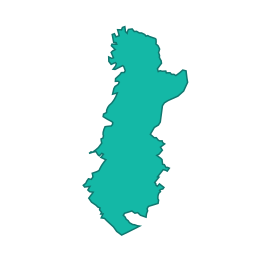 Ronda Alta, Rio Grande do Sul, Brazil (Equal Earth projection), rotated 222°
{"feature_id": "56859067B71630177815930", "entity_name": "Ronda Alta", "entity_type": "district", "adm_level": 2, "iso_a3": "BRA", "parent_name": "Brazil", "parent_adm1": "Rio Grande do Sul", "projection": "equal_earth", "projection_center": [-52.739, -27.81], "detail": "fine", "context": "isolated", "style": "filled", "palette": "teal", "viewbox_px": 256, "rotation_deg": 222, "n_neighbors": 0, "source": "geoboundaries", "source_scale": "gbopen_adm2", "svg_char_len": 2762}
<svg xmlns="http://www.w3.org/2000/svg" viewBox="0 0 256 256"><g transform="rotate(222 128 128)"><path d="M138.1,86.3L136.1,89.0L132.4,88.0L130.7,88.1L130.5,91.7L128.7,92.1L128.5,88.0L123.2,89.6L123.0,86.1L122.6,83.0L122.1,80.6L121.1,77.0L121.9,74.8L124.3,70.4L122.4,69.1L121.3,68.1L120.9,65.3L123.4,63.8L123.1,61.1L122.4,58.7L122.9,55.5L120.7,55.1L117.2,59.1L116.4,55.1L113.8,55.0L110.9,57.0L110.7,55.3L110.2,49.6L105.5,48.5L100.3,49.2L97.3,49.1L95.3,49.9L94.4,48.2L92.7,47.9L91.3,47.7L90.7,45.8L89.1,47.4L87.8,43.3L85.0,45.1L81.7,44.9L72.7,44.8L67.2,43.6L61.1,44.2L57.9,52.1L53.7,62.9L55.7,61.6L58.4,60.5L59.9,59.4L63.6,58.6L65.8,59.2L68.4,59.0L70.6,59.9L73.1,60.0L73.5,62.3L69.6,68.9L65.9,69.3L64.2,71.6L60.4,71.5L54.9,73.8L56.3,75.8L57.1,77.1L58.0,79.6L59.8,80.8L60.4,83.4L55.2,92.1L57.0,94.9L58.6,95.5L60.4,97.7L61.5,100.1L61.3,102.4L62.8,102.8L62.4,104.5L61.3,106.0L61.5,107.9L67.2,107.5L67.2,104.3L69.1,104.3L70.3,105.3L71.7,105.3L72.1,112.2L73.4,111.5L74.0,120.6L71.7,121.8L70.0,122.2L70.4,125.8L72.3,125.2L73.3,124.1L76.5,125.1L78.0,124.2L81.6,127.3L83.3,127.4L88.3,126.9L87.4,129.5L87.6,134.5L91.1,135.5L90.1,140.7L92.5,140.3L94.0,141.3L95.6,139.8L97.1,139.2L100.5,139.7L102.1,138.3L107.2,138.3L108.2,143.1L108.8,146.0L107.4,150.6L108.0,154.0L117.3,167.6L117.8,171.1L116.6,175.2L112.2,185.2L111.4,192.7L114.3,201.9L116.5,203.6L118.3,205.1L123.1,209.3L126.1,207.7L126.5,203.9L127.5,199.0L129.8,198.6L131.5,197.0L133.7,197.2L136.4,194.6L138.0,195.6L140.6,193.0L142.4,192.1L143.3,190.2L145.8,191.7L146.2,195.7L146.4,198.5L148.5,200.2L150.0,200.6L152.0,201.5L153.1,203.0L155.8,204.5L157.3,207.8L160.6,209.2L163.6,209.2L164.5,210.6L166.6,212.7L168.0,212.6L169.3,212.0L173.6,210.2L175.2,209.9L176.1,208.3L178.1,208.7L181.5,207.7L183.2,206.2L186.3,205.6L187.9,203.9L191.2,204.4L193.6,201.5L192.9,199.3L192.0,197.8L194.3,197.9L198.2,201.2L199.4,199.0L198.5,196.6L201.5,194.1L196.3,190.7L197.9,187.7L201.2,189.0L202.3,186.9L196.0,182.1L193.9,183.5L192.4,182.7L196.0,179.6L195.4,178.0L190.0,177.7L191.0,174.9L191.1,172.9L185.8,170.5L186.7,168.8L189.9,167.9L186.8,164.7L183.1,164.0L181.2,168.1L179.8,168.1L178.7,165.9L178.4,161.7L176.8,162.9L173.7,170.8L172.2,170.8L168.4,168.8L167.9,166.8L170.0,164.7L169.7,162.2L170.3,156.4L168.6,154.2L166.7,156.1L165.1,156.2L164.5,153.8L165.4,150.2L164.9,147.9L162.1,142.8L159.4,146.9L158.1,143.4L157.3,140.1L157.0,138.1L156.8,135.7L157.1,132.2L156.8,129.8L155.8,127.0L154.3,125.1L155.5,122.0L154.1,119.8L149.3,120.7L144.5,121.9L143.0,121.9L141.9,120.3L141.8,118.3L144.7,115.1L145.9,113.6L145.0,111.0L143.6,108.2L142.2,106.5L141.0,105.8L139.9,103.8L140.7,101.8L139.2,100.5L137.4,99.2L136.9,93.7L137.3,90.3L138.1,86.3ZM138.1,86.3L139.5,85.5L139.9,83.1L138.1,86.3Z" fill="#14b8a6" stroke="#0f766e" stroke-width="1.5"/></g></svg>